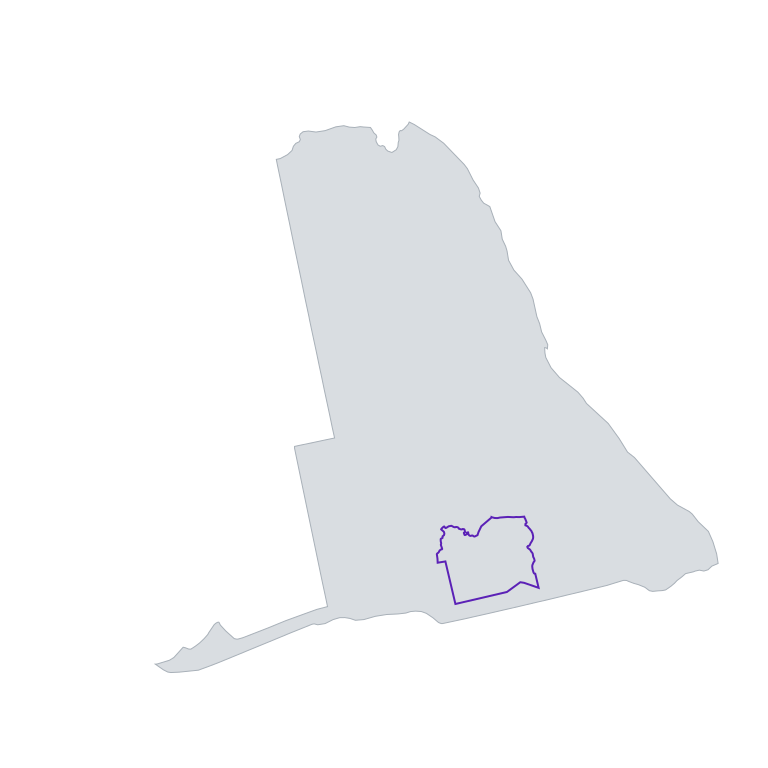 where Oshikoto sits in Namibia, rotated 167°
{"feature_id": "NAM-3355", "entity_name": "Oshikoto", "entity_type": "Region", "adm_level": 1, "iso_a3": "NAM", "parent_name": "Namibia", "parent_adm1": "", "projection": "orthographic", "projection_center": [17.144, -18.609], "detail": "medium", "context": "in_parent", "style": "outline", "palette": "violet", "viewbox_px": 768, "rotation_deg": 167, "n_neighbors": 0, "source": "natural_earth", "source_scale": "10m", "svg_char_len": 4833}
<svg xmlns="http://www.w3.org/2000/svg" viewBox="0 0 768 768"><g transform="rotate(167 384 384)"><path d="M591.2,152.5L600.3,151.0L609.0,149.6L619.0,148.2L627.1,147.2L629.1,146.9L648.3,149.3L656.6,150.8L659.5,152.0L663.2,155.1L669.9,162.5L668.1,162.2L655.2,163.1L650.2,164.8L638.9,172.7L636.6,171.5L634.0,169.7L631.8,169.1L626.9,170.9L622.0,173.1L616.6,176.3L612.1,179.5L610.6,181.2L603.5,187.8L601.2,188.9L599.2,189.3L598.4,188.9L597.7,185.9L593.7,178.9L587.2,169.6L585.3,168.7L583.9,168.3L578.9,168.5L564.2,170.6L551.9,172.4L532.9,175.5L512.5,178.0L500.0,179.5L489.1,179.8L488.9,188.8L488.6,206.9L488.2,225.0L487.8,243.2L487.4,261.3L487.0,279.4L486.6,297.5L486.2,315.6L485.8,333.7L485.6,341.6L485.2,343.3L479.1,343.2L465.3,342.9L453.7,342.7L444.3,342.5L444.2,353.3L443.9,366.0L443.7,378.7L443.5,391.4L443.2,404.1L443.0,416.8L442.7,429.5L442.5,442.1L442.3,454.8L442.1,464.4L442.0,465.5L441.7,484.0L441.2,503.6L440.8,523.2L440.4,542.8L439.9,562.4L439.5,581.9L439.0,601.4L438.6,620.9L438.4,627.1L434.4,627.0L426.3,629.2L421.1,632.2L418.8,636.0L415.8,638.3L412.1,639.1L410.5,641.0L410.9,644.1L409.4,646.4L406.1,648.0L400.8,647.5L393.6,644.8L384.3,644.1L373.0,645.4L365.0,644.7L360.0,642.1L354.8,640.5L349.3,640.1L346.1,639.0L339.5,637.0L338.2,633.7L337.5,631.1L335.6,628.4L335.4,626.2L336.9,624.6L337.1,621.9L336.1,618.3L334.2,616.5L331.6,616.6L330.0,615.2L329.4,612.3L327.9,610.1L324.2,607.8L319.4,609.5L317.1,612.1L315.8,616.1L314.6,618.1L314.0,621.4L313.7,623.8L312.5,626.3L311.2,627.3L309.9,626.8L307.4,627.9L302.0,631.6L300.5,633.6L296.1,630.0L283.1,616.8L278.6,613.3L271.7,605.2L256.5,579.9L254.3,575.0L251.3,562.7L247.9,553.7L247.4,548.4L249.0,545.4L247.9,541.4L246.2,537.8L241.0,533.1L239.3,517.2L235.6,507.0L236.2,498.5L234.5,490.8L234.2,485.9L234.8,476.5L231.8,465.7L226.0,455.2L220.6,439.9L219.7,433.2L219.9,415.2L218.8,407.9L218.7,399.2L216.5,390.3L215.6,385.4L216.9,381.5L217.8,382.7L219.3,383.3L220.2,378.1L220.4,373.5L217.6,362.3L211.6,350.9L196.9,332.4L193.2,325.4L191.1,319.5L174.4,295.1L167.1,277.8L162.0,262.8L156.5,256.0L130.9,207.7L125.3,200.0L115.2,191.0L112.9,187.9L108.8,179.1L101.1,167.4L99.0,156.3L98.1,143.7L98.8,134.0L105.5,132.8L110.1,130.1L114.4,129.8L118.6,131.7L123.1,131.7L124.8,131.4L132.8,131.4L137.3,129.0L142.7,126.6L145.8,124.5L150.1,122.3L156.0,120.0L159.3,120.1L163.4,120.8L168.8,121.5L171.9,122.9L175.6,127.3L181.3,131.3L185.5,133.6L190.3,136.8L191.8,138.0L193.9,138.6L195.1,138.8L204.0,138.2L211.9,137.6L220.6,137.5L236.8,137.3L253.0,137.2L269.2,137.0L285.4,137.0L301.7,136.9L317.9,136.9L334.1,136.9L350.3,137.0L357.0,137.0L368.6,137.2L380.8,137.4L382.1,137.7L383.5,138.6L384.6,139.4L388.8,145.1L394.3,151.0L398.8,153.9L404.3,155.6L409.4,156.3L414.2,155.9L422.1,156.8L433.2,158.8L444.7,159.6L456.6,159.0L465.0,160.2L469.8,163.2L474.7,165.2L479.7,166.3L486.6,165.9L495.3,163.8L502.7,164.3L506.0,166.0L508.1,166.1L520.8,164.1L531.1,162.5L546.5,159.9L559.2,157.8L578.0,154.7L591.2,152.5Z" fill="#d9dde1" stroke="#a8b0b8" stroke-width="1"/><path d="M309.4,229.7L309.2,230.2L308.7,229.8L306.2,228.5L303.5,227.8L301.0,227.8L293.2,226.6L287.6,225.0L285.2,224.7L282.2,223.9L277.2,223.2L277.2,222.2L276.8,221.2L276.3,218.0L276.2,216.8L276.9,216.2L277.7,215.8L278.0,214.5L276.7,213.6L275.9,212.7L275.5,211.5L274.7,210.2L273.3,207.2L273.2,206.0L272.9,205.4L272.9,202.6L273.1,201.2L273.6,199.8L275.2,197.7L277.1,195.8L278.4,194.1L279.2,193.8L280.1,193.8L281.0,193.1L280.8,191.9L278.9,189.7L278.2,187.4L277.6,186.4L277.3,185.2L277.5,182.0L277.0,180.0L277.0,178.0L277.5,177.3L278.3,176.8L280.2,174.1L280.6,172.9L280.9,170.3L280.7,166.8L280.4,165.8L279.8,165.2L279.3,165.1L279.2,150.6L292.3,158.8L295.8,160.2L311.0,153.7L363.9,153.6L364.1,197.3L371.9,197.8L371.2,201.7L370.8,206.3L370.4,206.8L369.1,207.4L368.4,207.9L367.3,209.2L366.5,209.6L365.8,209.9L364.8,209.9L364.5,210.1L364.4,210.6L364.8,214.2L364.7,214.8L364.4,215.2L364.2,215.7L364.1,216.2L364.1,217.8L363.9,219.1L363.7,219.9L363.5,220.3L363.1,220.5L362.0,220.7L361.6,220.9L361.2,222.4L359.6,223.2L358.9,224.4L358.8,225.4L358.9,226.5L359.3,227.1L360.7,229.0L361.0,229.5L360.7,229.9L360.2,230.3L358.3,231.4L357.7,231.6L357.4,231.6L357.2,231.3L356.9,230.5L356.7,230.1L356.4,229.8L355.9,229.8L354.9,230.1L353.0,230.8L350.4,230.7L350.0,230.5L348.5,229.2L347.8,228.7L347.0,228.4L346.0,228.5L344.9,228.1L344.1,227.5L343.8,227.2L343.7,226.5L343.6,226.2L341.9,225.1L340.8,224.8L339.9,225.0L338.9,224.6L338.5,224.3L338.4,224.0L338.3,223.7L338.3,221.9L338.3,221.5L338.5,221.4L339.6,221.1L339.7,220.8L339.5,219.0L339.3,218.7L339.1,218.6L338.2,218.7L337.1,219.1L336.9,219.3L336.7,220.5L335.8,220.6L335.4,220.5L335.4,220.1L335.6,218.5L334.9,217.2L334.4,216.8L333.7,216.5L332.3,216.6L331.6,216.3L331.3,215.9L331.0,215.5L330.5,215.2L329.9,215.0L326.9,215.7L325.2,218.5L321.2,223.5L309.7,229.5L309.4,229.7Z" fill="none" stroke="#5b21b6" stroke-width="2"/></g></svg>